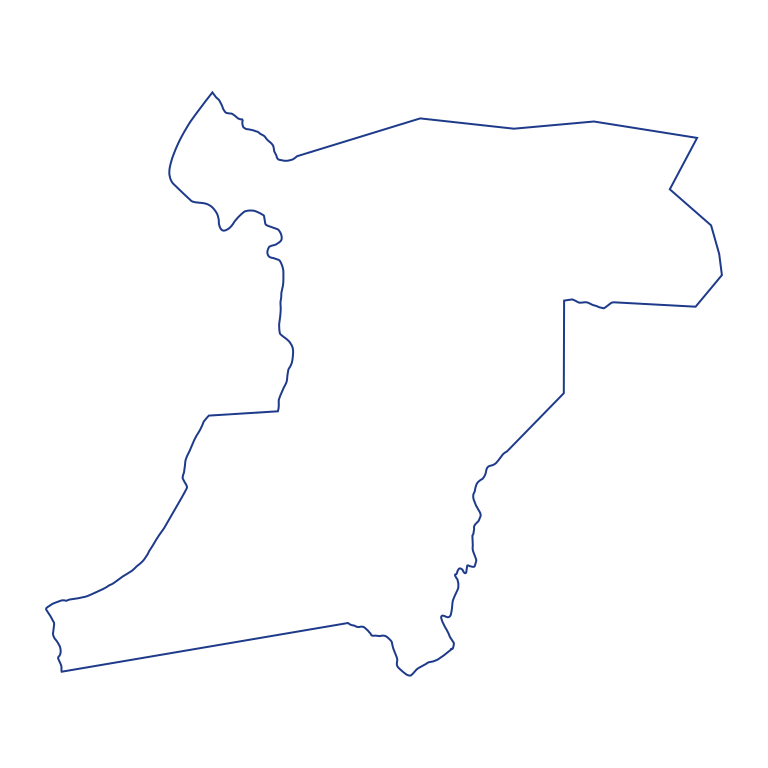 Ojos de Agua, Comayagua, Honduras (Natural Earth projection)
{"feature_id": "27666195B51970998087864", "entity_name": "Ojos de Agua", "entity_type": "district", "adm_level": 2, "iso_a3": "HND", "parent_name": "Honduras", "parent_adm1": "Comayagua", "projection": "natural_earth1", "projection_center": [-87.676, 14.8], "detail": "fine", "context": "isolated", "style": "outline", "palette": "blue", "viewbox_px": 768, "rotation_deg": 0, "n_neighbors": 0, "source": "geoboundaries", "source_scale": "gbopen_adm2", "svg_char_len": 6081}
<svg xmlns="http://www.w3.org/2000/svg" viewBox="0 0 768 768"><path d="M697.1,137.9L593.9,121.5L513.9,128.7L420.2,118.4L297.1,156.2L294.4,158.4L292.8,159.4L291.5,159.8L288.0,160.7L285.8,160.8L284.0,160.7L280.4,160.0L278.6,159.6L277.5,158.6L276.8,157.4L276.6,156.1L276.2,155.2L274.2,151.2L273.7,147.8L273.3,146.2L272.5,144.7L270.9,142.9L268.2,140.7L266.2,138.6L265.4,137.3L264.3,136.1L263.3,135.4L260.3,133.9L258.9,132.6L257.5,131.7L255.9,131.3L253.2,130.3L248.5,129.3L247.2,129.2L245.8,128.9L244.2,127.9L243.0,126.7L242.5,124.5L242.3,123.1L242.3,122.2L242.7,120.3L242.0,119.3L240.3,119.3L238.0,118.4L235.1,115.9L232.6,114.1L231.2,113.5L229.8,113.5L226.5,113.0L225.2,112.1L223.6,109.7L222.9,108.3L222.6,107.3L222.0,105.6L219.5,100.8L218.6,99.5L216.9,98.1L215.9,97.1L212.4,92.4L205.0,101.9L195.7,114.3L190.5,121.5L187.5,126.3L184.2,131.9L181.4,137.0L178.9,141.9L175.8,148.8L173.6,154.4L172.1,158.5L170.4,164.5L169.6,168.4L169.3,171.9L169.4,174.7L170.1,177.8L170.6,179.4L171.5,181.3L172.3,182.6L173.3,183.8L184.0,194.1L191.3,200.9L192.6,201.6L195.4,202.3L203.1,203.1L206.0,203.7L207.8,204.4L209.6,205.3L211.2,206.4L212.8,207.8L214.0,209.2L215.4,211.0L216.4,212.6L217.2,214.0L218.0,216.4L218.6,219.0L218.8,220.4L218.9,223.6L219.5,226.1L220.1,227.6L220.7,228.7L221.6,229.8L222.6,230.4L223.9,230.7L225.5,230.3L227.5,229.4L229.4,228.1L231.5,225.9L232.9,224.1L234.6,221.4L238.3,217.1L241.4,214.1L244.0,211.9L245.1,211.3L247.2,210.8L249.2,210.5L251.6,210.5L253.7,210.7L255.8,211.3L260.0,213.2L263.6,215.3L264.0,215.9L265.3,223.7L265.7,224.5L266.8,225.3L267.9,225.8L277.5,229.2L278.5,229.9L279.7,231.5L280.9,233.7L281.6,236.1L281.7,237.3L281.7,238.7L281.5,239.5L281.2,240.3L280.5,241.2L279.3,242.3L275.9,244.5L274.8,244.9L271.1,245.9L269.3,246.7L268.4,248.3L267.7,250.1L267.4,251.4L267.4,253.2L267.6,254.2L268.1,255.3L268.8,256.3L269.6,257.0L271.3,257.7L273.5,258.1L277.9,259.6L279.0,260.1L279.8,260.8L280.3,261.5L281.4,263.8L282.4,266.5L283.0,268.8L283.3,270.4L283.4,273.4L283.4,278.9L283.3,282.6L282.9,285.8L281.4,292.7L281.3,294.6L281.2,297.7L280.5,301.7L280.5,304.0L280.7,307.6L280.7,310.3L280.3,315.5L279.1,324.6L279.3,329.6L279.8,333.1L280.3,334.1L282.6,336.1L286.5,339.0L288.8,341.1L289.7,342.1L290.6,343.5L291.6,345.2L292.3,346.7L292.7,348.1L293.0,349.7L293.1,351.3L293.1,353.1L292.7,357.8L292.3,360.6L291.9,362.5L291.5,363.7L290.3,366.4L288.8,368.7L288.3,369.9L287.4,375.5L287.0,380.0L286.4,382.4L285.4,384.6L283.6,388.0L282.6,390.3L280.1,396.1L278.9,399.5L278.7,401.2L278.8,404.4L278.7,406.8L278.5,408.7L277.9,411.3L208.9,415.6L207.0,417.6L204.1,421.1L203.5,422.0L202.4,425.0L200.1,429.8L199.0,431.7L196.5,435.7L194.3,439.9L189.7,450.7L187.0,456.2L185.7,459.7L185.3,461.5L185.0,465.1L184.0,472.4L183.0,475.3L182.6,477.6L182.8,478.6L183.5,480.0L184.6,482.1L186.1,484.5L186.6,485.6L187.0,487.1L186.9,487.7L186.6,488.6L184.6,492.4L181.2,498.5L164.3,527.8L163.3,529.3L159.3,534.9L156.0,540.0L152.7,545.6L149.4,550.7L147.5,554.5L145.8,557.0L144.2,559.4L142.1,561.8L139.4,564.2L136.6,566.4L134.0,569.0L131.5,571.1L122.7,576.5L113.5,583.2L111.4,584.4L109.4,585.2L106.4,587.2L103.3,588.9L90.2,594.9L87.1,596.2L85.5,596.7L77.9,598.3L69.7,599.5L68.3,600.0L66.2,600.8L64.7,600.4L63.4,600.3L62.2,600.3L61.0,600.6L56.3,602.3L52.5,603.8L48.0,606.8L47.0,607.5L46.3,608.3L46.1,609.1L46.5,610.2L50.3,615.9L54.0,622.7L54.1,623.3L54.1,624.8L53.0,633.5L53.1,634.8L53.6,636.4L54.6,638.4L56.7,641.0L58.7,644.2L59.7,646.1L60.4,648.3L60.7,651.1L60.5,653.4L59.6,655.6L58.4,656.9L58.2,657.5L58.1,658.2L58.5,659.3L60.6,664.0L61.3,665.9L61.5,667.8L61.4,670.2L61.7,671.7L348.0,623.0L349.5,624.1L350.3,624.6L352.4,625.3L354.3,625.6L356.0,626.5L357.3,626.9L358.9,627.1L360.6,626.7L361.5,626.6L362.8,626.8L363.7,627.0L365.3,628.2L368.6,631.3L369.1,632.1L370.4,633.4L371.3,635.1L372.1,635.6L373.5,635.8L375.3,635.6L379.9,636.1L382.2,635.6L384.0,635.7L385.0,635.9L386.0,636.3L387.8,637.6L390.4,640.1L391.4,641.4L391.8,642.1L392.5,645.5L393.2,648.3L396.4,656.4L397.1,658.5L397.3,660.1L396.9,662.4L396.8,664.2L397.0,665.3L397.4,666.3L398.0,667.2L399.5,668.8L403.4,672.2L406.4,674.5L407.4,675.0L408.5,675.4L409.8,675.6L411.0,675.4L413.2,673.3L416.2,669.9L417.3,668.9L419.1,667.7L426.1,663.9L427.5,662.8L429.4,662.1L431.9,661.7L433.5,661.3L435.8,660.4L438.0,659.4L444.2,655.1L448.9,651.3L451.0,649.7L450.9,649.2L451.1,648.9L451.4,648.8L452.0,649.0L452.4,648.9L452.7,648.6L453.1,647.6L453.7,645.3L453.9,643.9L453.8,642.9L449.9,636.9L448.5,633.4L446.6,629.7L444.8,626.7L443.3,623.6L442.4,621.7L441.6,619.4L441.2,617.9L441.2,616.9L441.4,616.4L441.8,615.9L442.2,615.7L442.8,615.6L444.1,615.9L447.2,617.2L448.4,617.2L449.3,616.8L449.9,616.3L450.4,615.6L450.9,614.4L451.3,612.5L451.8,609.6L452.2,606.0L452.5,602.5L452.8,600.9L453.4,599.1L454.6,596.2L457.7,589.5L458.2,588.2L458.3,587.2L458.4,583.7L457.4,579.3L456.5,578.2L455.4,576.3L455.0,575.2L455.1,574.6L455.3,574.4L456.2,574.2L456.6,573.8L457.0,573.0L457.5,571.1L458.1,570.0L458.8,568.9L459.6,568.4L460.8,568.6L462.0,569.3L462.7,570.1L463.4,571.6L464.2,572.7L465.0,573.2L465.6,573.1L466.1,572.6L466.3,571.9L467.1,566.4L467.3,565.6L467.7,565.4L468.3,565.4L469.7,566.2L470.6,566.3L472.4,566.8L473.9,566.8L474.4,566.5L474.7,566.2L475.7,562.9L476.3,560.5L476.2,559.6L475.3,557.1L473.1,551.3L472.7,549.3L472.6,547.8L472.8,545.5L472.4,535.8L472.5,535.4L473.3,534.0L473.6,532.4L474.1,529.2L474.0,527.1L474.3,525.9L475.2,524.4L478.6,520.9L480.4,516.6L480.7,515.4L480.5,514.1L480.1,512.7L476.0,505.5L473.7,499.6L473.3,497.9L473.2,496.1L473.4,494.4L473.7,493.5L474.7,491.5L475.4,487.8L476.4,484.6L477.2,483.1L478.5,481.6L480.8,479.8L482.5,478.9L483.8,477.2L484.7,475.7L485.4,474.2L485.9,472.3L486.3,470.2L486.7,468.9L487.1,468.0L487.7,467.2L488.5,466.5L489.4,466.0L492.1,465.3L494.0,464.5L495.0,463.9L496.0,463.1L498.5,460.2L503.0,454.2L504.8,452.7L507.0,451.4L563.8,393.2L564.1,300.6L572.3,299.4L575.5,300.8L577.6,302.0L579.3,302.7L580.9,302.7L585.5,302.2L587.9,302.6L592.8,305.0L596.1,305.9L599.4,307.3L603.8,308.3L605.7,307.1L611.5,302.7L613.7,302.3L695.6,306.7L721.9,275.1L719.2,254.0L711.1,225.4L669.8,189.3L697.1,137.9Z" fill="none" stroke="#1e3a8a" stroke-width="2"/></svg>